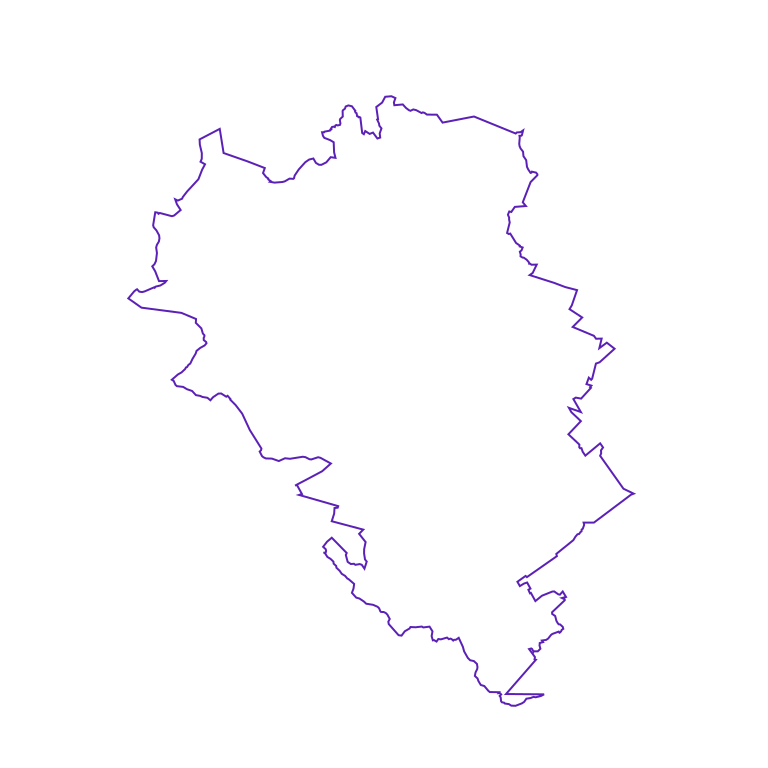 Singuilucan, Hidalgo, Mexico, rotated 194°
{"feature_id": "50627088B74262052277311", "entity_name": "Singuilucan", "entity_type": "district", "adm_level": 2, "iso_a3": "MEX", "parent_name": "Mexico", "parent_adm1": "Hidalgo", "projection": "orthographic", "projection_center": [-98.495, 19.998], "detail": "fine", "context": "isolated", "style": "outline", "palette": "violet", "viewbox_px": 768, "rotation_deg": 194, "n_neighbors": 0, "source": "geoboundaries", "source_scale": "gbopen_adm2", "svg_char_len": 6166}
<svg xmlns="http://www.w3.org/2000/svg" viewBox="0 0 768 768"><g transform="rotate(194 384 384)"><path d="M326.8,162.2L324.9,161.0L321.6,157.4L322.3,154.4L321.3,152.2L309.1,143.8L306.1,144.1L304.0,149.1L300.1,152.9L299.5,154.6L294.5,155.6L288.6,157.8L287.0,157.3L281.1,159.6L277.1,155.7L276.8,150.9L274.6,147.1L273.6,147.6L270.7,146.8L269.6,149.7L267.0,150.0L261.5,153.2L259.3,152.1L258.0,153.0L256.8,152.9L254.8,151.8L254.2,152.7L252.4,153.2L250.1,155.8L243.9,148.1L241.6,144.0L236.4,138.5L233.6,136.8L229.8,136.9L226.1,134.9L224.8,131.9L224.6,129.9L225.4,126.4L225.2,122.7L222.0,120.9L220.5,118.6L217.3,115.4L213.6,115.2L208.5,111.5L206.8,110.7L197.7,112.8L198.0,111.8L196.9,112.2L195.2,111.1L196.3,109.3L195.0,108.2L193.7,104.6L192.7,103.7L190.3,103.8L189.5,103.2L185.3,103.6L182.7,102.7L178.5,103.6L172.9,107.5L171.1,109.5L169.7,113.1L165.9,114.7L163.2,116.6L161.1,116.7L156.3,119.2L153.6,121.6L190.6,112.7L169.9,153.2L171.3,153.3L171.5,155.6L179.1,161.9L177.2,163.0L176.3,162.8L174.1,160.5L174.0,160.9L170.1,161.8L168.2,165.0L169.8,167.8L170.2,170.4L167.2,172.0L168.7,173.3L164.8,174.9L163.2,176.6L161.2,181.0L160.2,182.2L154.6,186.0L153.6,185.1L153.1,185.5L152.3,186.9L152.1,188.4L150.8,189.8L151.8,191.6L154.9,193.3L156.4,193.1L157.8,194.2L159.4,195.9L161.8,200.3L165.2,201.6L165.7,203.2L156.3,217.9L156.6,218.8L159.5,219.4L155.9,221.4L160.4,225.9L162.4,222.1L164.0,222.1L168.7,223.9L170.5,223.3L179.5,216.8L184.6,210.0L190.9,216.8L191.7,216.2L192.9,217.7L194.1,219.3L192.4,220.9L197.1,226.0L199.8,224.3L203.3,220.8L206.7,224.4L200.2,232.0L198.6,231.2L174.6,258.8L175.7,260.8L162.5,278.3L161.3,282.2L159.9,285.0L158.4,285.7L157.6,287.8L156.7,288.8L157.0,290.6L156.1,291.6L155.7,295.8L156.8,297.8L146.8,300.3L117.6,336.3L115.2,338.0L126.3,340.3L156.9,366.6L156.5,369.2L157.4,372.1L156.1,375.4L159.9,378.7L171.3,363.2L174.8,366.3L176.9,369.5L178.2,369.1L179.2,369.8L179.8,372.5L192.9,379.8L184.0,395.6L195.4,402.0L198.8,405.6L186.2,404.4L196.6,415.2L194.6,417.2L189.2,417.5L182.3,430.3L183.3,430.8L182.4,432.6L187.5,432.9L186.8,439.7L184.0,438.2L183.3,439.5L183.3,455.1L180.1,457.2L168.8,474.0L177.8,478.0L183.7,470.9L183.8,480.7L189.2,479.2L191.9,481.5L214.7,485.0L207.8,496.5L222.1,501.5L220.8,505.7L219.4,521.8L231.6,521.9L243.5,523.3L269.0,524.9L266.6,527.7L264.7,536.8L269.8,535.4L271.3,536.1L272.2,535.8L272.8,537.1L275.6,539.1L279.0,540.4L280.2,540.2L282.4,540.9L282.8,542.9L284.2,545.2L282.9,546.9L282.5,550.0L285.6,550.3L285.6,551.1L290.0,552.8L297.9,560.5L299.2,559.7L301.1,560.3L301.1,571.2L302.4,573.8L302.8,575.7L304.7,578.2L304.2,581.7L302.1,581.7L299.9,587.5L289.4,591.0L293.3,593.9L290.6,615.4L285.7,623.7L285.9,624.6L287.6,625.9L291.9,625.8L292.1,624.7L292.9,624.3L296.0,627.1L297.8,629.3L300.2,635.6L303.8,638.8L305.3,643.1L308.4,645.5L310.0,647.6L310.9,649.8L311.9,655.9L312.6,657.6L310.7,658.2L310.4,658.8L310.4,663.7L312.4,661.4L316.0,660.2L316.8,658.9L361.4,665.3L390.4,651.8L397.8,658.1L407.5,655.8L410.4,656.9L412.1,656.9L413.1,656.0L419.0,657.5L422.0,657.5L424.4,655.5L426.0,655.7L429.5,657.2L433.4,659.8L441.4,657.0L442.5,659.6L442.1,664.2L446.4,665.0L452.3,663.0L453.9,656.6L458.5,650.9L453.8,639.4L454.6,638.9L451.9,635.6L451.0,633.5L448.3,631.4L448.8,626.1L447.3,622.2L449.8,620.6L455.5,625.3L458.4,623.2L463.4,624.9L464.0,621.5L465.9,622.3L471.4,636.8L472.3,637.1L473.2,636.7L473.8,637.3L474.9,637.4L476.1,640.1L477.3,640.5L478.2,641.8L478.0,642.2L482.3,645.7L485.9,645.7L488.3,644.0L488.5,641.7L490.1,639.6L490.2,638.9L488.7,633.5L490.6,630.6L490.7,629.5L489.3,626.2L489.4,624.8L491.4,623.7L492.9,623.8L493.6,623.2L493.9,621.4L494.5,621.5L494.5,621.8L496.6,620.8L497.5,618.2L496.9,618.2L497.7,616.8L502.9,614.4L503.0,613.8L505.0,613.3L503.3,610.1L501.5,608.4L495.2,607.6L491.3,606.4L488.5,596.8L485.8,591.7L490.6,591.2L493.6,585.1L497.8,581.5L500.2,581.0L503.6,582.1L507.1,585.7L510.9,583.7L514.0,580.2L518.6,571.6L521.1,564.7L521.1,561.8L521.7,561.1L525.4,560.4L529.3,556.6L531.5,555.4L539.0,552.9L543.5,552.6L542.9,553.4L545.8,554.5L546.0,555.4L548.4,556.3L552.4,559.4L551.9,564.7L570.3,567.0L595.5,569.3L605.1,591.8L622.1,576.7L620.6,571.7L616.6,563.9L615.3,558.4L615.8,555.3L610.8,553.9L612.3,548.0L613.6,537.8L621.6,523.2L624.5,516.6L624.7,515.0L628.4,512.1L631.3,512.7L628.4,508.3L623.4,503.6L628.4,496.7L630.4,495.5L642.9,495.7L644.0,494.6L644.9,495.5L647.5,495.3L646.4,482.2L645.4,480.4L642.0,478.0L638.2,473.9L637.1,471.0L636.9,467.7L638.0,464.2L638.1,461.3L636.0,456.2L635.0,448.2L635.7,444.7L637.3,442.1L633.2,437.9L627.2,429.4L620.2,431.3L621.2,429.2L624.8,425.5L629.2,423.2L629.8,421.9L630.4,422.2L638.7,415.9L640.9,414.7L643.8,414.4L646.5,416.2L647.1,415.7L648.8,413.5L652.8,405.2L637.8,399.4L597.8,404.0L582.1,401.6L581.4,397.8L574.7,393.8L572.0,389.2L570.0,387.8L569.8,386.5L570.1,385.0L569.5,383.0L566.7,381.7L566.1,380.6L567.4,378.0L571.0,374.6L573.9,370.8L574.1,367.9L575.9,362.0L576.9,357.0L578.4,355.2L579.2,352.8L580.2,352.1L580.6,350.4L583.3,346.2L586.2,343.5L590.9,336.8L588.8,336.1L586.1,332.7L584.5,331.8L578.2,332.6L574.0,331.3L568.5,330.8L563.8,327.7L559.5,328.0L557.1,327.5L552.0,327.9L548.5,326.2L546.7,329.8L542.4,334.6L539.7,335.4L534.0,333.5L532.9,334.7L529.3,332.2L529.4,331.6L522.8,327.6L514.4,320.9L503.1,306.9L487.3,291.7L487.3,289.9L488.3,288.4L484.9,284.5L483.2,283.7L480.6,283.2L474.7,284.5L467.4,283.8L462.1,288.0L457.1,288.7L445.1,293.8L442.5,294.0L438.2,293.0L436.3,293.2L430.2,297.0L427.8,297.0L416.3,294.0L422.9,284.4L445.7,263.9L444.1,265.0L437.0,257.4L439.6,255.8L398.9,254.4L399.0,252.8L402.0,251.7L401.0,246.1L401.5,238.2L368.9,237.7L371.9,232.6L363.6,226.2L363.3,218.9L362.3,214.7L360.0,209.2L357.8,207.5L358.3,200.1L361.8,203.2L364.0,203.4L368.1,201.6L369.6,202.3L372.6,201.3L376.2,202.6L379.7,208.9L379.3,211.0L397.5,222.2L401.1,217.2L403.7,211.3L400.6,209.6L399.8,208.1L399.8,206.4L401.1,205.9L400.9,205.5L400.0,205.3L397.1,202.5L393.6,201.4L390.1,199.4L389.4,197.5L386.4,195.9L385.7,194.2L381.8,192.0L379.1,189.6L375.3,188.4L372.4,186.3L371.4,186.2L364.6,182.8L364.1,178.1L364.6,173.6L359.3,170.0L355.9,169.9L350.9,168.1L348.1,166.5L341.2,167.1L336.4,166.3L334.5,165.2L332.5,162.5L331.7,162.1L329.2,162.7L326.8,162.2Z" fill="none" stroke="#5b21b6" stroke-width="2"/></g></svg>